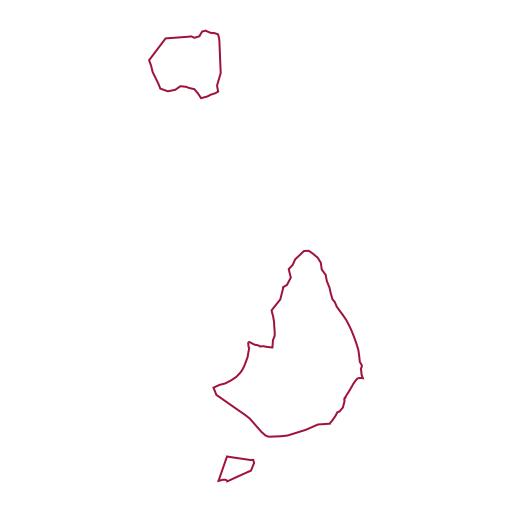 the district of Eyal Surayh, Amran, Yemen
{"feature_id": "15242507B30874403797275", "entity_name": "Eyal Surayh", "entity_type": "district", "adm_level": 2, "iso_a3": "YEM", "parent_name": "Yemen", "parent_adm1": "Amran", "projection": "robinson", "projection_center": [43.972, 15.733], "detail": "fine", "context": "isolated", "style": "outline", "palette": "rose", "viewbox_px": 512, "rotation_deg": 0, "n_neighbors": 0, "source": "geoboundaries", "source_scale": "gbopen_adm2", "svg_char_len": 2608}
<svg xmlns="http://www.w3.org/2000/svg" viewBox="0 0 512 512"><path d="M362.9,378.2L361.6,374.8L361.0,369.0L360.9,368.4L361.3,367.8L361.9,366.3L361.8,365.3L359.8,361.8L359.2,356.1L358.6,351.6L358.3,349.8L356.5,343.9L354.4,337.9L353.2,334.8L351.0,329.4L349.1,325.5L346.3,320.1L342.7,314.8L340.6,312.0L336.8,306.8L334.7,301.9L332.5,299.4L330.8,293.6L329.5,287.7L326.8,281.0L325.7,274.9L322.0,269.9L321.8,269.5L321.6,268.8L321.3,266.1L320.8,262.7L317.7,257.7L312.3,253.2L310.1,251.7L309.1,251.1L308.6,250.8L304.0,251.0L295.2,259.3L292.6,265.0L288.7,269.1L290.8,277.6L287.0,284.9L283.1,287.2L283.2,287.9L280.3,299.4L271.6,310.3L272.2,313.1L273.1,316.3L274.1,322.3L274.2,325.6L274.7,332.0L274.7,335.8L273.0,340.0L272.4,347.5L266.8,346.9L263.5,346.2L260.8,346.4L260.2,346.5L259.2,345.8L258.5,345.6L256.7,345.0L255.3,344.9L254.0,344.4L252.1,343.4L250.4,342.5L249.4,342.0L248.7,342.2L248.3,342.7L248.2,343.4L248.4,344.7L248.4,345.6L248.7,347.3L249.2,347.8L248.6,351.1L247.6,357.0L246.4,360.4L244.2,366.1L242.4,369.7L240.4,372.6L236.3,376.9L236.0,377.1L231.4,380.2L225.3,383.4L219.5,384.9L214.7,387.1L213.5,387.7L216.4,394.9L222.7,399.3L236.0,408.6L245.5,415.2L248.0,417.2L249.9,418.7L261.4,431.9L263.5,433.7L265.1,435.2L266.1,435.7L267.7,436.5L270.3,436.7L277.5,436.4L281.6,436.2L287.6,435.5L305.6,429.9L317.9,424.5L329.8,423.7L329.8,423.4L332.2,420.6L335.4,416.0L336.0,414.9L337.3,412.3L339.5,411.5L342.9,407.5L344.6,400.9L344.2,399.9L344.6,398.2L344.9,398.4L345.4,397.5L345.8,396.5L346.2,395.7L346.6,395.0L347.0,394.5L347.2,394.1L347.9,393.0L348.5,392.2L348.9,391.5L349.4,390.6L350.0,389.7L350.5,388.8L350.9,388.1L351.3,387.3L351.8,386.6L352.3,385.7L352.7,384.9L353.1,384.1L353.4,383.7L353.6,383.4L354.1,382.6L354.7,381.9L355.2,381.1L355.7,380.5L356.4,379.6L357.2,378.8L357.9,378.3L358.1,378.3L358.6,378.2L359.4,378.0L360.3,378.0L361.3,378.0L362.2,378.1L362.9,378.2ZM218.2,91.5L217.3,87.3L217.1,85.3L220.7,73.1L219.4,41.5L219.1,38.2L218.0,34.3L214.5,33.1L210.8,32.9L209.3,32.3L205.6,30.7L202.2,31.5L199.3,36.3L194.4,37.8L191.4,36.4L187.6,36.8L165.6,38.4L149.1,60.2L151.1,65.7L152.6,71.9L154.0,74.9L155.5,77.8L158.5,84.0L160.3,88.6L167.9,91.3L171.7,90.5L175.1,89.9L180.4,86.2L186.0,86.8L188.9,87.9L194.4,89.2L198.0,93.5L201.1,98.2L207.1,96.5L207.5,96.4L208.3,96.0L209.6,95.3L210.0,95.1L210.1,94.9L215.4,93.2L218.2,91.5ZM227.0,456.5L218.5,480.9L220.5,480.4L222.5,479.8L225.1,479.7L225.9,480.0L226.3,480.1L226.6,480.4L227.4,481.2L227.4,481.3L238.7,476.1L239.7,475.6L240.8,475.2L242.0,474.6L251.0,470.6L254.1,462.9L253.2,459.9L250.4,460.0L231.3,457.2L227.0,456.5Z" fill="none" stroke="#9f1239" stroke-width="2"/></svg>